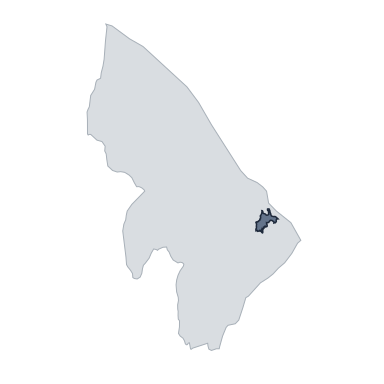 Klay, Bomi, Liberia shown in context, rotated 187°
{"feature_id": "62588387B44236806524966", "entity_name": "Klay", "entity_type": "district", "adm_level": 2, "iso_a3": "LBR", "parent_name": "Liberia", "parent_adm1": "Bomi", "projection": "equal_earth", "projection_center": [-10.826, 6.705], "detail": "fine", "context": "in_parent", "style": "filled", "palette": "slate", "viewbox_px": 384, "rotation_deg": 187, "n_neighbors": 0, "source": "geoboundaries", "source_scale": "gbopen_adm2", "svg_char_len": 5609}
<svg xmlns="http://www.w3.org/2000/svg" viewBox="0 0 384 384"><g transform="rotate(187 192 192)"><path d="M78.1,157.3L81.0,154.0L85.4,143.3L91.4,133.0L97.0,126.9L101.5,120.6L106.2,115.8L113.0,110.2L123.3,95.5L125.7,93.7L127.4,83.5L130.0,70.5L133.0,66.5L140.0,64.1L141.6,61.8L144.1,52.7L145.7,42.0L145.9,39.7L148.6,39.4L153.4,37.1L156.1,38.1L157.4,41.2L158.0,43.8L172.3,37.1L173.6,35.8L174.3,36.0L176.2,42.0L177.2,41.6L178.1,39.9L179.0,39.7L180.1,40.5L181.3,43.3L183.1,45.8L186.2,47.6L188.2,50.0L188.0,56.4L188.7,62.7L190.1,64.1L190.8,67.8L191.2,71.9L191.9,74.1L192.5,78.2L192.2,82.6L192.8,85.7L195.1,91.1L196.5,97.9L196.5,102.7L195.7,107.7L194.2,112.3L191.5,117.4L191.3,119.4L192.9,120.7L195.3,120.9L197.3,119.9L202.4,122.2L205.1,125.5L207.4,129.6L209.5,131.7L210.5,134.3L214.1,133.6L218.3,131.1L219.1,129.9L220.4,130.5L223.1,130.8L225.0,126.3L226.5,121.1L229.7,115.6L231.3,113.4L231.8,109.8L231.9,105.2L233.1,101.2L235.8,99.0L238.7,99.1L240.3,99.9L241.1,103.8L243.4,106.7L245.4,108.7L246.4,109.6L248.1,111.9L249.7,119.7L256.0,144.9L255.7,151.8L254.4,156.3L254.4,160.8L254.0,165.2L250.2,172.4L239.0,187.1L239.9,188.4L242.6,190.1L245.3,190.9L247.6,190.5L250.4,194.2L253.4,198.8L256.6,201.2L261.2,203.3L265.3,203.5L268.7,202.7L273.5,203.7L278.7,207.5L280.5,213.8L281.8,219.3L283.6,222.1L283.8,226.9L287.5,231.1L292.7,231.9L299.5,236.8L301.3,236.6L302.0,235.9L302.8,236.9L304.6,251.1L305.9,258.6L305.2,261.6L304.3,264.0L304.3,275.5L301.2,282.1L300.7,289.3L299.9,291.6L296.6,293.7L296.6,299.3L295.7,306.0L295.4,313.1L296.3,331.7L296.5,345.6L298.0,348.2L291.6,347.1L272.8,336.5L258.3,330.4L209.8,295.7L196.4,281.7L180.8,261.0L146.3,219.2L138.5,212.5L128.5,209.3L122.4,205.7L118.1,201.9L114.6,190.3L106.0,183.4L90.1,173.6L78.1,157.3Z" fill="#d9dde1" stroke="#a8b0b8" stroke-width="1"/><path d="M119.5,161.5L119.2,161.7L118.8,161.4L118.4,161.1L118.3,160.9L118.0,160.6L117.8,160.4L117.4,160.1L117.0,160.0L116.9,160.2L116.9,160.3L116.9,160.5L116.9,160.8L116.8,161.0L116.9,161.3L117.3,162.0L117.5,162.2L117.9,162.8L118.0,163.0L117.9,163.2L118.0,163.2L117.9,163.3L117.9,163.5L118.1,163.4L118.1,163.6L118.0,163.9L117.9,163.9L117.8,164.1L117.9,164.3L117.9,164.5L117.7,164.5L117.6,164.3L117.5,164.0L117.4,164.1L117.2,164.0L117.1,163.9L117.1,164.0L116.9,164.2L116.6,164.2L116.5,164.4L116.4,164.6L116.6,164.8L116.5,165.0L116.3,165.0L116.4,165.4L116.2,165.3L116.2,165.5L116.2,165.8L116.0,166.0L115.9,166.1L115.7,166.1L115.8,166.4L115.7,166.6L115.5,166.4L115.4,166.5L115.4,166.3L115.2,166.3L115.1,166.6L114.9,166.7L114.7,166.6L114.4,166.4L114.2,166.5L114.1,166.4L114.2,166.5L114.0,166.4L113.9,166.4L114.0,166.4L113.6,166.7L113.4,166.9L113.3,167.1L113.2,167.5L113.3,167.8L113.4,168.1L113.5,168.6L113.6,168.8L113.7,169.0L113.8,169.0L114.2,169.5L114.1,169.9L114.0,170.1L113.8,170.3L114.1,170.7L113.9,170.7L113.2,170.9L112.7,171.0L112.3,171.1L112.2,171.1L111.9,171.7L111.8,171.9L111.6,172.3L111.4,172.6L111.2,172.7L110.9,173.1L110.9,173.3L110.6,173.5L109.6,173.5L109.4,173.5L109.1,173.4L108.9,173.4L108.5,173.2L108.2,172.9L107.9,172.7L107.7,172.7L107.3,172.4L107.2,172.3L107.1,172.0L107.0,171.8L106.9,171.9L106.8,171.7L106.9,171.3L106.9,171.2L106.7,171.3L106.1,171.7L105.8,171.6L105.6,171.6L105.5,171.8L105.4,171.9L105.2,172.2L105.1,172.3L104.9,172.6L104.7,172.9L104.8,173.2L105.0,174.2L105.0,174.5L104.9,174.7L104.9,174.8L104.7,175.0L104.7,175.5L104.4,175.7L104.2,175.7L103.9,175.7L103.6,175.9L103.4,175.9L103.5,176.0L104.5,176.6L105.2,177.1L105.8,177.5L106.2,177.7L107.0,177.8L107.1,177.7L107.7,177.5L108.4,177.6L109.4,177.7L110.0,177.8L110.3,177.9L110.5,178.3L110.6,178.5L110.8,178.9L111.0,179.1L111.1,179.3L111.2,179.6L111.2,179.9L111.3,180.2L111.4,180.3L111.5,180.5L111.8,180.9L112.0,181.3L112.0,181.5L112.2,181.9L112.3,182.3L112.4,182.8L112.5,182.9L112.6,183.1L112.8,183.4L112.9,183.7L113.1,183.8L113.2,184.0L113.3,184.4L113.5,184.6L114.0,184.5L114.3,184.5L114.3,184.4L114.9,184.3L115.0,184.2L114.9,183.8L114.8,183.3L114.7,183.0L114.5,182.8L114.4,182.8L114.1,182.7L113.7,182.1L113.6,181.6L113.5,181.4L113.5,181.2L113.5,180.7L113.4,180.6L113.4,180.2L113.2,179.5L113.3,179.5L113.3,179.1L113.5,178.8L113.6,178.7L113.9,178.4L114.4,178.2L114.8,178.1L115.0,178.1L115.3,178.1L115.5,178.1L115.7,178.4L115.9,178.6L116.1,178.8L116.5,179.0L116.9,179.2L117.2,179.3L118.0,179.3L118.6,179.5L118.9,179.6L119.0,180.0L119.1,180.4L119.3,181.1L119.4,181.3L119.7,181.8L120.0,182.0L120.3,182.0L120.1,181.6L120.1,181.4L120.2,180.9L120.2,180.1L120.1,179.6L120.4,178.6L120.5,178.3L120.6,177.9L120.7,177.7L120.9,177.3L120.9,177.2L121.1,177.0L121.3,176.7L121.2,176.1L121.1,175.8L120.9,175.7L121.0,175.5L121.0,175.4L120.9,175.2L120.7,174.9L120.8,174.3L120.8,174.0L120.8,173.7L121.0,173.6L121.3,173.4L121.2,173.2L121.2,172.9L121.3,172.8L121.3,172.5L121.3,172.4L121.5,172.4L121.6,172.1L121.8,171.9L121.9,171.7L122.0,171.6L122.2,171.4L122.3,171.3L122.5,171.3L122.6,171.1L122.6,170.9L122.8,170.9L122.9,170.7L123.1,170.6L122.9,170.5L123.1,170.5L123.2,170.4L123.3,170.3L123.5,170.4L123.8,170.3L123.9,170.1L124.1,170.1L124.3,169.9L124.5,169.9L124.6,170.0L124.7,169.9L124.6,169.7L124.8,169.3L124.6,169.1L124.3,168.7L124.1,168.4L124.1,168.1L124.0,167.8L123.9,167.6L124.0,167.3L124.0,167.1L124.0,166.7L123.9,166.2L123.8,165.8L123.9,165.7L123.8,165.4L123.8,165.1L123.7,164.8L123.7,164.2L123.7,163.7L123.7,163.4L123.9,163.2L124.1,163.0L124.0,162.5L123.9,161.9L123.8,161.5L123.7,161.6L123.6,161.8L123.4,161.8L123.1,161.8L122.8,161.8L122.6,161.5L122.5,161.3L122.4,161.4L122.3,161.6L122.1,161.4L121.8,161.0L121.6,161.1L121.4,161.2L120.5,161.4L120.3,162.1L119.9,162.1L119.8,161.9L119.5,161.5L119.5,161.5Z" fill="#64748b" stroke="#1e293b" stroke-width="1.5"/></g></svg>